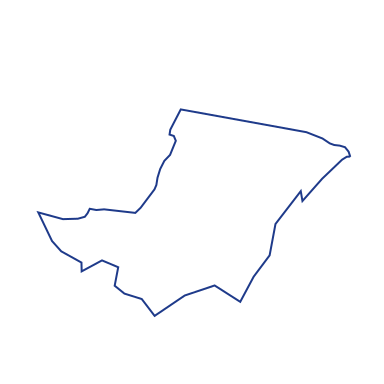 an SVG outline of Dundagas, rotated 39°
{"feature_id": "LVA-5721", "entity_name": "Dundagas", "entity_type": "Municipality", "adm_level": 1, "iso_a3": "LVA", "parent_name": "Latvia", "parent_adm1": "", "projection": "orthographic", "projection_center": [22.37, 57.579], "detail": "fine", "context": "isolated", "style": "outline", "palette": "blue", "viewbox_px": 384, "rotation_deg": 39, "n_neighbors": 0, "source": "natural_earth", "source_scale": "10m", "svg_char_len": 776}
<svg xmlns="http://www.w3.org/2000/svg" viewBox="0 0 384 384"><g transform="rotate(39 192 192)"><path d="M131.3,134.9L243.3,73.5L259.7,68.3L268.5,67.5L272.9,66.0L277.6,63.0L282.7,60.9L288.3,62.1L292.2,64.6L292.1,65.4L290.1,67.2L288.3,72.4L284.8,99.7L283.5,129.5L276.0,122.9L277.0,164.3L292.2,192.4L293.2,218.9L298.6,247.0L268.4,250.4L251.5,277.0L240.9,311.8L220.3,306.8L203.4,313.5L190.9,313.5L182.0,296.9L165.1,301.8L156.2,323.1L150.5,316.4L127.7,320.4L114.1,318.2L85.4,304.6L108.8,294.3L120.1,284.6L124.3,278.7L124.2,274.3L123.1,269.4L129.0,266.2L134.6,260.8L161.1,243.9L162.0,236.6L161.2,213.6L159.9,209.0L156.2,202.6L152.8,194.1L150.9,185.2L151.6,177.0L147.2,162.4L142.6,159.9L138.4,161.5L135.9,157.2L131.3,134.9Z" fill="none" stroke="#1e3a8a" stroke-width="2"/></g></svg>